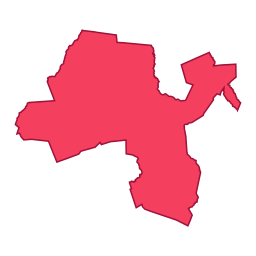 Laikipia West, Rift Valley, Kenya (Robinson projection)
{"feature_id": "3690345B46461276162505", "entity_name": "Laikipia West", "entity_type": "district", "adm_level": 2, "iso_a3": "KEN", "parent_name": "Kenya", "parent_adm1": "Rift Valley", "projection": "robinson", "projection_center": [36.893, -0.075], "detail": "fine", "context": "isolated", "style": "filled", "palette": "rose", "viewbox_px": 256, "rotation_deg": 0, "n_neighbors": 0, "source": "geoboundaries", "source_scale": "gbopen_adm2", "svg_char_len": 5724}
<svg xmlns="http://www.w3.org/2000/svg" viewBox="0 0 256 256"><path d="M236.0,77.3L235.8,64.2L221.4,65.0L213.5,65.9L213.7,64.8L214.2,64.7L214.5,64.3L214.5,63.8L214.9,63.0L214.8,62.5L214.9,61.7L214.5,61.1L213.8,60.6L213.9,60.1L213.6,59.8L213.2,59.7L213.0,59.2L213.1,58.2L212.8,57.9L212.7,57.6L212.3,57.6L211.6,57.3L211.4,56.8L211.5,56.3L211.2,56.1L210.8,55.4L210.4,55.1L210.3,54.7L210.4,54.2L209.8,53.7L209.4,53.0L209.1,52.9L209.1,52.5L202.2,55.5L181.3,64.8L186.4,82.6L193.0,84.9L187.0,97.5L186.3,99.1L185.5,100.3L185.0,100.6L182.9,100.6L182.6,100.8L181.5,100.9L179.6,100.4L179.2,100.0L178.2,99.3L177.1,99.2L176.6,99.7L175.5,99.6L175.1,99.3L174.7,98.4L173.0,97.1L171.8,96.6L170.4,96.3L169.7,96.4L168.6,96.3L168.4,95.9L165.8,93.9L165.1,93.8L164.7,94.0L164.3,94.2L164.1,94.6L163.7,94.7L161.7,94.6L161.1,94.1L159.9,92.7L159.1,91.5L159.0,90.8L158.2,90.2L157.3,89.1L157.5,88.5L158.3,86.9L158.1,86.6L158.1,85.4L158.3,85.0L158.2,84.6L157.9,84.2L158.0,83.4L159.1,81.6L158.7,81.3L158.4,80.3L158.2,80.0L157.8,79.9L157.6,78.8L157.3,78.4L156.5,78.1L156.1,78.2L155.9,77.4L155.5,77.5L155.4,77.8L155.0,77.5L154.9,77.1L154.5,77.0L154.2,76.4L154.6,76.1L154.4,75.6L153.7,74.8L153.7,74.2L154.2,73.4L154.1,73.1L153.7,72.3L154.4,71.3L154.2,70.9L153.5,68.6L153.1,68.3L153.9,67.2L153.9,66.6L154.2,66.1L153.9,65.9L153.8,65.4L154.0,65.0L154.3,65.1L154.9,64.5L155.0,64.0L154.8,63.5L154.5,63.3L154.4,63.0L154.1,61.5L154.3,61.2L154.6,60.2L154.3,59.9L154.4,59.2L154.8,58.6L154.8,58.0L154.7,57.1L153.8,56.2L154.0,55.6L154.5,55.6L154.7,55.3L154.3,54.9L154.4,54.4L154.2,54.0L153.5,54.4L153.0,54.3L153.2,53.2L152.8,52.9L153.6,52.4L153.8,52.0L153.7,51.2L153.8,50.9L153.6,49.9L153.4,49.7L153.3,48.4L153.1,47.9L152.4,47.3L151.7,46.5L151.4,45.4L123.9,42.8L117.0,42.4L116.3,35.0L97.3,32.4L93.9,31.8L83.5,30.6L82.1,30.2L81.8,30.9L81.8,31.7L81.2,32.5L80.8,32.7L80.2,34.1L79.0,35.4L78.7,37.2L77.6,39.8L77.2,40.0L76.7,39.9L76.3,40.0L75.9,40.3L74.7,40.8L74.0,42.0L73.5,42.6L73.1,43.5L73.1,44.0L71.7,45.3L70.5,45.8L70.2,45.5L69.8,45.5L68.8,46.7L68.5,47.3L68.6,48.4L68.4,48.8L66.6,50.6L66.0,51.7L66.2,52.2L66.0,52.6L66.3,53.4L66.2,54.2L65.5,55.2L64.9,57.4L64.5,58.5L64.3,60.3L63.9,60.9L63.7,61.8L63.6,62.6L63.7,63.1L63.2,63.9L62.5,64.4L61.9,64.5L61.6,64.7L60.8,65.9L60.5,66.2L60.2,67.5L60.4,68.3L60.3,68.7L60.0,68.9L59.9,69.3L59.6,69.6L59.2,70.3L58.9,71.3L58.5,71.9L58.2,72.3L56.8,73.1L56.1,74.3L56.0,74.7L55.7,75.1L54.9,76.5L53.5,76.5L53.2,76.4L52.2,76.3L51.5,76.4L51.1,76.7L50.0,76.5L49.7,76.7L48.7,77.6L48.4,77.5L47.7,78.0L47.6,78.4L48.0,79.2L48.2,80.0L47.6,80.5L47.8,81.0L47.3,81.7L54.6,100.7L30.7,102.4L30.4,102.6L30.0,102.4L29.6,102.6L29.1,102.4L27.6,103.1L27.2,103.9L27.1,104.3L27.2,104.8L27.0,105.2L26.2,106.2L25.7,106.6L25.5,107.2L25.6,107.7L25.4,108.1L25.0,108.4L23.3,110.2L22.9,110.3L22.3,111.0L21.6,111.4L21.1,112.3L20.1,112.4L19.3,112.9L19.1,113.2L19.3,114.1L19.1,115.3L18.8,116.0L18.4,116.8L17.7,117.6L17.4,117.7L17.1,118.1L17.2,118.5L17.0,118.9L17.1,120.0L16.1,122.3L15.4,124.6L19.0,127.6L16.9,133.9L19.5,133.3L21.1,136.8L23.8,139.9L31.6,139.3L48.5,141.2L56.9,162.1L65.8,158.9L78.7,154.1L80.9,151.2L93.6,147.6L94.9,147.4L100.1,142.4L101.3,144.6L110.4,141.7L126.0,140.1L126.2,153.8L132.9,155.0L133.9,155.7L135.3,156.3L137.8,157.6L137.9,158.1L138.2,158.3L138.2,158.8L138.0,159.2L137.2,160.1L137.4,160.5L137.0,161.6L137.0,162.0L137.1,162.3L138.5,163.6L138.7,163.9L138.8,164.8L139.3,165.9L139.5,167.1L139.4,167.7L139.7,168.7L140.7,169.5L141.5,170.6L142.1,172.5L141.6,174.0L141.1,174.7L140.3,174.3L139.8,174.4L139.7,174.8L139.8,175.2L139.7,175.7L140.0,176.2L139.8,176.6L139.8,177.2L139.1,177.4L137.8,178.1L137.4,177.9L137.2,178.3L135.3,179.8L135.5,180.9L135.2,180.8L134.6,181.2L134.8,181.6L133.8,182.0L133.6,181.6L133.1,181.5L132.6,181.6L131.9,181.2L131.3,181.4L131.5,181.8L130.5,182.2L129.5,182.1L129.5,182.7L131.5,188.6L130.1,189.3L136.2,207.7L142.0,204.3L142.3,206.2L142.6,206.7L144.5,208.8L145.2,209.3L151.9,211.7L176.3,220.0L187.9,225.8L190.3,220.2L192.2,215.1L188.4,208.5L188.8,208.1L189.5,208.1L190.1,207.4L190.5,207.2L192.1,206.9L192.8,205.9L193.4,205.3L193.8,205.1L194.0,204.9L194.2,203.7L194.6,203.4L195.1,203.4L195.2,202.9L195.5,202.7L195.6,202.3L196.2,201.9L196.9,202.1L197.2,201.1L197.2,200.6L197.5,198.6L198.1,197.9L198.2,197.1L196.3,193.8L196.2,192.9L200.6,172.3L200.5,171.9L199.9,170.5L199.5,170.6L199.5,170.2L199.8,170.1L199.6,169.1L199.2,167.5L198.8,166.3L197.8,165.0L196.4,163.6L195.9,162.4L195.9,161.9L196.2,160.8L196.0,160.4L195.5,160.2L194.6,160.2L194.3,160.0L193.6,159.2L192.7,158.7L191.2,158.4L190.9,158.1L189.7,156.3L188.9,155.7L187.2,154.0L187.1,153.6L187.2,152.8L186.9,151.7L186.8,150.8L185.8,136.3L184.3,128.5L184.3,127.8L184.5,126.9L184.1,126.2L184.2,125.3L184.7,124.6L185.1,124.4L185.5,124.3L187.5,124.4L188.5,123.3L189.1,123.0L191.9,122.5L202.9,115.6L203.3,115.2L203.6,113.8L213.2,100.2L213.4,99.8L213.3,98.3L213.4,97.8L213.6,97.5L217.1,93.8L220.2,94.9L220.6,93.1L221.1,92.0L222.3,90.1L224.0,87.6L224.0,88.5L223.7,88.9L223.8,89.3L223.5,90.2L223.5,90.8L224.1,92.0L224.1,92.5L223.6,93.5L223.6,94.1L224.3,95.4L224.3,95.7L224.9,96.1L226.4,98.9L227.5,100.0L227.8,100.8L228.3,101.0L229.3,101.1L229.6,101.2L230.3,102.5L231.2,103.5L232.3,104.4L232.6,104.8L232.5,105.8L232.7,106.2L233.4,106.6L234.7,107.0L235.1,107.7L235.7,108.0L236.1,108.7L236.4,109.0L236.8,109.0L237.1,109.4L237.5,110.4L240.6,102.8L240.3,102.4L239.5,102.0L238.7,100.5L238.1,99.8L237.3,99.6L236.9,99.0L236.7,98.0L236.0,96.6L235.6,95.1L235.4,94.8L235.1,93.7L234.6,93.4L234.4,93.0L234.0,93.1L233.5,91.9L233.7,91.3L232.8,90.5L233.0,89.5L232.1,88.8L231.5,88.8L231.3,87.6L230.5,87.4L229.9,86.7L229.7,86.4L229.6,86.0L229.9,85.6L229.7,85.2L228.0,84.8L227.8,84.3L228.8,83.5L229.6,83.1L230.9,81.4L234.9,78.0L236.0,77.3Z" fill="#f43f5e" stroke="#9f1239" stroke-width="1.5"/></svg>